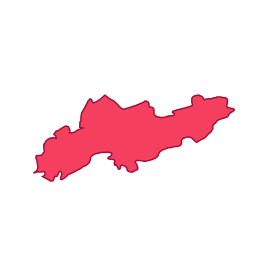 the district of Shibin al-Qanatir, Al Qalyubiyah, Egypt, rotated 246°
{"feature_id": "37247803B12662956160688", "entity_name": "Shibin al-Qanatir", "entity_type": "district", "adm_level": 2, "iso_a3": "EGY", "parent_name": "Egypt", "parent_adm1": "Al Qalyubiyah", "projection": "equal_earth", "projection_center": [31.303, 30.296], "detail": "fine", "context": "isolated", "style": "filled", "palette": "rose", "viewbox_px": 256, "rotation_deg": 246, "n_neighbors": 0, "source": "geoboundaries", "source_scale": "gbopen_adm2", "svg_char_len": 5834}
<svg xmlns="http://www.w3.org/2000/svg" viewBox="0 0 256 256"><g transform="rotate(246 128 128)"><path d="M167.4,120.3L166.7,117.9L166.1,116.0L165.7,114.7L165.3,112.6L164.8,109.3L164.9,108.5L165.0,106.4L165.5,106.3L166.2,106.2L166.6,106.1L167.1,106.1L168.1,106.2L168.8,106.2L169.3,105.9L169.7,105.6L170.0,104.8L170.1,104.6L169.1,103.6L168.6,102.2L168.6,101.9L168.0,101.6L164.8,97.4L164.2,96.8L161.9,93.6L160.5,91.7L157.7,89.8L157.3,89.6L155.0,88.4L153.3,87.7L153.1,86.6L148.4,84.2L146.8,86.0L146.4,86.5L146.6,83.3L146.6,83.1L146.5,80.0L145.9,77.1L146.6,74.3L147.5,72.6L149.5,74.1L153.5,74.1L154.3,73.0L155.2,71.9L155.1,69.8L154.0,62.2L154.5,61.3L154.2,60.7L153.0,58.8L152.3,57.6L151.3,58.2L150.9,58.5L149.9,58.7L147.8,58.2L148.5,57.3L149.1,56.5L149.5,55.6L150.2,53.5L150.3,52.2L150.3,51.1L150.2,50.2L150.2,49.8L149.5,47.6L147.3,45.3L147.6,45.0L146.5,43.9L144.7,43.2L142.3,42.5L140.5,41.8L140.3,41.8L140.0,41.2L139.9,40.8L138.5,38.6L138.5,37.1L138.8,36.2L139.4,34.6L139.5,34.4L140.0,33.2L139.2,32.2L138.2,31.8L137.9,31.7L136.5,31.6L135.0,31.5L133.1,30.9L131.5,30.5L129.6,29.9L128.5,29.6L127.6,28.8L126.7,28.0L126.3,27.5L126.0,27.0L125.2,23.4L125.0,24.4L125.0,25.4L124.9,26.5L124.7,27.1L124.4,28.0L124.3,28.3L124.1,28.9L123.9,29.3L123.6,29.9L123.0,31.3L122.6,32.7L122.5,33.3L122.3,33.4L121.9,34.0L121.7,34.0L121.2,33.9L120.1,33.8L119.0,32.9L118.6,32.1L118.5,31.2L118.5,30.2L116.9,31.3L116.4,31.7L115.4,32.6L113.3,34.1L112.3,34.8L111.1,35.6L110.6,36.9L110.3,37.7L110.7,38.7L111.4,39.4L112.1,40.1L112.5,40.2L113.5,40.8L113.6,41.1L113.5,41.4L113.2,42.0L112.9,42.3L112.7,43.2L113.0,43.9L113.3,44.4L113.8,44.8L114.4,45.7L114.8,45.9L115.1,46.1L115.6,46.7L115.7,47.0L115.8,47.6L115.9,48.4L115.5,49.0L114.9,49.3L114.2,49.1L112.6,48.6L111.6,47.6L110.4,46.6L109.5,45.9L109.0,45.6L108.6,45.5L108.2,45.9L107.8,46.4L107.8,46.9L108.2,50.2L108.8,52.0L109.7,54.4L109.7,55.8L109.7,57.6L109.7,59.2L109.8,62.2L110.0,63.6L110.2,65.5L110.2,67.8L110.3,69.1L110.7,69.9L111.0,71.2L111.0,72.3L110.8,73.9L111.4,76.3L111.7,77.3L112.6,79.2L112.8,79.2L113.5,79.8L114.4,80.7L116.2,81.9L116.7,82.3L117.1,83.1L117.2,83.5L117.4,84.2L117.5,84.7L117.5,85.4L117.6,85.8L117.6,86.5L117.7,87.0L117.7,87.6L117.6,88.5L117.4,89.2L117.1,90.1L116.9,91.0L116.8,91.8L116.8,92.5L116.8,92.9L116.4,94.1L116.2,94.9L115.5,95.9L115.1,96.9L115.0,97.3L114.9,98.0L114.4,98.5L114.2,99.3L114.1,99.9L113.4,101.0L113.1,101.3L111.9,102.6L110.8,102.8L110.6,102.3L109.8,101.3L109.2,100.6L109.3,99.0L109.0,97.8L108.6,97.5L108.3,97.3L107.9,97.6L107.5,97.9L107.2,98.4L106.9,98.8L106.5,99.5L106.1,100.2L105.7,100.9L105.5,101.3L105.3,101.6L105.0,102.0L104.7,102.3L104.0,102.5L103.5,102.5L103.0,102.3L102.5,102.1L102.1,101.7L101.5,101.2L100.6,100.9L99.5,100.8L99.1,101.3L99.1,101.7L99.0,102.3L97.5,102.7L96.2,102.4L94.1,102.8L93.9,103.0L93.9,103.9L94.6,104.7L94.8,104.8L95.1,105.0L95.5,105.4L95.7,105.6L96.0,105.9L96.5,106.3L96.6,106.7L96.7,107.0L96.3,107.6L95.9,108.1L94.0,110.0L93.5,110.0L92.4,110.6L91.4,110.6L90.8,110.3L90.3,110.2L89.7,110.1L88.9,110.3L88.2,110.9L87.6,111.4L87.3,111.8L86.9,112.3L86.6,112.8L86.4,113.4L85.9,114.0L86.3,118.6L86.1,119.7L86.5,120.2L87.2,120.6L87.6,120.7L88.3,120.9L89.3,121.0L90.1,121.0L91.0,121.1L92.4,121.0L93.8,120.6L94.4,120.9L94.6,121.6L94.7,122.0L94.6,123.0L94.4,123.5L94.2,124.3L93.6,125.1L93.4,125.6L93.0,126.3L92.8,126.8L92.1,127.6L91.6,128.5L90.9,129.5L90.4,130.7L90.2,132.2L90.0,133.1L89.8,134.5L89.6,135.4L89.5,136.4L89.3,138.0L89.4,139.5L89.3,141.0L89.4,141.5L89.9,143.0L90.2,143.6L90.4,144.2L91.2,144.8L91.8,145.3L92.2,145.7L92.6,146.3L93.2,147.1L93.4,148.0L93.8,149.4L93.9,150.5L93.8,151.7L93.8,153.2L93.6,155.3L93.5,157.1L92.8,158.7L92.4,160.8L92.0,163.2L91.0,165.7L90.7,168.4L91.3,169.7L92.0,170.5L93.1,171.1L94.1,171.2L94.7,171.6L95.3,172.1L96.0,174.1L96.0,175.4L95.8,177.5L95.4,179.0L94.6,180.7L93.1,182.1L89.7,183.4L87.0,184.8L87.1,186.7L87.5,188.7L87.7,190.9L87.5,192.5L88.3,195.9L88.9,196.6L89.3,197.7L89.5,198.2L89.9,199.2L90.4,201.3L90.9,202.7L91.6,203.4L92.6,205.0L93.1,205.4L94.1,205.7L94.9,206.1L95.4,206.4L96.2,207.1L96.6,208.5L96.8,209.3L97.4,210.9L97.9,211.4L98.2,212.0L98.6,213.3L98.5,214.1L98.5,215.3L98.3,217.3L98.3,218.6L97.9,220.4L97.9,220.9L97.8,223.5L98.4,224.5L99.2,225.6L99.7,226.1L100.1,227.0L100.4,228.3L100.3,229.2L100.9,232.0L101.4,232.6L102.6,232.1L103.2,231.6L103.9,230.4L104.7,229.5L105.4,228.4L106.1,227.5L107.3,227.2L107.8,227.3L108.4,227.4L109.4,228.1L110.1,228.6L111.4,229.4L112.2,230.0L112.8,230.2L114.0,230.4L115.3,229.9L115.5,229.4L116.5,228.7L116.9,227.8L117.2,226.8L118.4,225.7L119.1,224.3L119.4,223.5L120.1,222.1L120.2,221.0L120.0,220.6L120.6,218.7L120.9,216.8L120.8,215.3L121.2,214.8L122.0,213.7L122.3,212.3L122.5,211.8L122.6,210.6L122.8,209.3L123.1,209.2L123.9,209.1L124.5,208.8L126.2,208.6L127.3,207.8L128.2,207.0L129.3,206.0L129.7,204.6L130.0,203.2L130.3,202.0L130.2,200.8L130.1,200.0L129.5,198.9L129.3,198.5L128.8,198.2L128.0,197.9L127.1,197.4L125.8,196.9L124.5,196.6L123.6,196.4L122.7,196.3L122.3,195.8L122.5,193.9L122.4,192.5L122.6,191.8L122.7,191.2L122.9,190.6L123.6,185.4L124.5,180.8L124.9,177.1L125.0,175.9L124.5,175.0L124.0,174.9L123.5,175.1L123.0,175.6L122.7,175.9L122.4,176.1L121.6,175.9L121.0,175.3L121.1,174.5L121.1,173.8L121.3,172.8L121.6,172.1L122.1,171.4L122.5,169.7L122.6,168.8L122.7,168.0L122.7,167.0L122.9,166.0L123.3,164.6L123.8,163.2L124.5,161.9L125.6,160.4L126.2,159.4L126.7,158.9L127.5,158.4L128.7,157.8L129.5,157.7L130.6,157.4L131.4,157.8L132.3,158.3L133.3,158.8L134.1,159.1L134.9,159.3L136.1,159.1L136.8,158.7L138.3,156.6L139.0,156.2L140.0,156.3L140.7,156.6L141.7,156.9L143.1,157.1L144.1,156.6L145.1,155.6L145.7,154.2L145.2,152.7L145.2,152.0L145.4,144.3L145.9,139.9L146.1,137.8L146.7,132.8L147.3,131.2L147.6,130.7L148.1,130.3L149.2,129.8L150.9,128.9L154.3,127.8L156.9,126.7L159.3,125.5L160.8,124.2L162.6,122.9L167.4,120.3Z" fill="#f43f5e" stroke="#9f1239" stroke-width="1.5"/></g></svg>